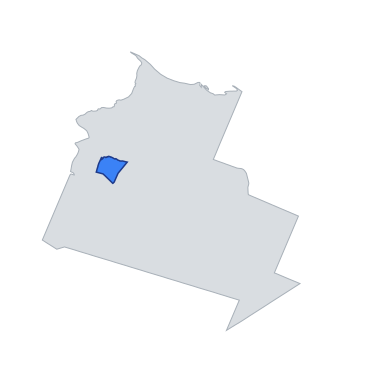 Tamchekett, Hodh el Gharbi, Mauritania (highlighted), rotated 113°
{"feature_id": "47542326B49487198034252", "entity_name": "Tamchekett", "entity_type": "district", "adm_level": 2, "iso_a3": "MRT", "parent_name": "Mauritania", "parent_adm1": "Hodh el Gharbi", "projection": "robinson", "projection_center": [-10.754, 17.114], "detail": "fine", "context": "in_parent", "style": "filled", "palette": "blue", "viewbox_px": 384, "rotation_deg": 113, "n_neighbors": 0, "source": "geoboundaries", "source_scale": "gbopen_adm2", "svg_char_len": 4167}
<svg xmlns="http://www.w3.org/2000/svg" viewBox="0 0 384 384"><g transform="rotate(113 192 192)"><path d="M167.2,325.8L166.8,325.7L164.8,324.1L163.8,322.3L162.2,320.9L160.0,319.9L158.6,318.9L157.9,317.7L157.1,316.9L156.3,316.5L156.2,316.1L156.4,315.5L156.2,314.4L154.9,311.9L153.7,310.8L152.7,311.0L152.1,310.7L151.8,310.2L151.7,309.4L151.0,308.7L149.8,308.4L148.8,306.6L148.1,303.3L147.1,300.7L146.0,298.9L145.1,298.2L144.5,298.1L144.3,297.8L144.1,297.2L143.2,297.0L141.9,297.6L140.8,297.4L140.2,296.5L139.4,296.4L138.4,297.2L137.3,297.0L136.1,295.8L135.5,294.6L135.3,293.4L133.3,291.1L129.3,287.6L124.9,286.0L120.1,286.2L117.4,286.1L116.9,285.5L116.3,285.6L115.7,286.2L115.1,286.3L114.4,286.0L114.0,286.2L113.8,287.1L112.1,287.6L108.9,287.6L106.4,288.2L104.4,289.2L101.6,289.7L98.0,289.5L95.9,289.1L95.1,288.5L94.1,288.4L92.8,288.7L91.6,290.4L90.5,293.5L89.6,295.3L88.9,295.7L88.2,298.1L87.7,301.9L87.1,303.6L87.2,294.0L88.2,290.4L88.6,287.2L90.8,280.2L93.5,274.4L95.9,266.8L96.9,259.4L96.7,252.2L96.0,245.8L94.8,241.5L93.7,235.4L92.0,232.1L88.8,229.3L88.1,227.7L88.8,227.0L90.8,226.6L92.0,224.4L89.4,225.3L92.5,218.5L93.5,213.9L93.3,210.9L93.9,209.0L91.7,204.9L89.9,199.8L89.0,199.0L88.0,198.6L87.9,199.8L87.4,200.9L86.3,200.2L84.4,196.5L81.7,190.5L80.7,189.9L79.9,190.7L79.4,191.5L78.4,196.5L78.1,194.5L78.5,192.2L79.2,189.3L80.1,185.2L82.5,185.2L86.7,185.2L95.3,185.2L99.6,185.2L108.1,185.2L112.4,185.2L121.0,185.2L125.2,185.2L133.8,185.2L138.1,185.2L146.6,185.1L150.9,185.1L153.7,185.1L153.6,182.3L153.5,180.0L153.3,176.9L153.1,173.9L153.0,170.9L152.8,168.0L152.7,165.2L152.5,162.5L152.4,160.1L152.1,158.7L151.2,155.9L151.1,154.5L151.3,153.1L151.9,151.7L153.6,149.2L156.1,147.3L159.0,145.1L161.3,143.4L162.4,142.9L165.9,142.4L168.6,141.1L171.3,139.8L172.4,139.1L172.5,136.8L172.6,84.6L185.7,84.6L189.2,84.6L213.3,84.6L216.7,84.6L234.3,84.6L234.2,82.2L234.2,78.6L234.2,73.8L234.2,68.9L234.1,60.4L234.1,56.8L237.6,59.2L244.5,63.9L248.0,66.3L255.0,71.1L262.0,75.9L269.0,80.6L272.5,83.0L276.0,85.4L279.5,87.8L283.0,90.2L290.0,94.9L292.9,96.9L297.4,100.2L301.6,103.2L305.9,106.2L299.4,106.2L290.7,106.2L284.8,106.2L278.7,106.2L273.1,106.2L273.6,111.1L274.2,116.5L274.7,121.8L275.3,127.2L275.8,132.6L277.6,148.6L278.1,154.0L278.7,159.4L279.3,164.7L279.8,170.1L281.0,180.8L281.5,186.2L282.1,191.5L282.7,196.9L283.3,202.3L283.8,207.6L285.0,218.4L285.5,223.7L286.1,229.1L286.7,234.4L287.2,239.8L287.8,245.2L288.4,250.5L289.0,255.9L290.1,266.6L290.7,272.0L291.2,277.3L291.8,282.7L292.4,287.9L294.6,290.6L297.5,294.1L296.7,298.9L295.8,304.7L294.7,311.0L286.9,311.0L279.2,311.0L260.0,311.0L256.2,311.0L236.9,311.0L233.1,311.0L225.7,311.0L223.5,310.9L222.7,310.4L222.4,307.1L221.7,307.3L221.0,308.3L220.6,309.3L220.7,310.7L220.6,311.8L218.1,312.3L214.8,313.1L211.3,313.7L207.7,313.4L206.5,313.2L205.2,312.7L202.4,312.3L200.9,312.2L199.1,312.3L197.0,312.6L196.4,313.2L194.8,315.6L193.3,318.5L192.3,318.5L191.2,316.9L188.1,314.0L184.4,310.1L182.8,308.2L181.9,308.0L180.1,309.4L178.6,310.7L177.0,312.5L176.3,314.3L175.7,316.4L175.4,318.9L174.9,321.8L173.6,324.2L172.1,325.9L170.9,326.8L170.5,327.2L167.2,325.8ZM90.8,220.2L89.6,222.3L89.0,221.5L88.8,220.1L89.9,218.2L90.4,217.2L91.4,216.8L90.8,220.2Z" fill="#d9dde1" stroke="#a8b0b8" stroke-width="1"/><path d="M190.6,268.1L190.8,268.5L191.1,269.1L191.4,269.9L191.5,270.4L191.6,270.9L191.5,271.3L191.5,271.7L191.5,272.1L191.6,272.9L191.3,273.8L191.1,274.9L191.1,275.2L191.7,275.7L191.7,276.3L191.7,277.1L191.6,277.9L191.4,278.4L191.5,279.0L191.5,279.5L191.4,280.0L191.7,280.4L191.5,281.0L191.6,281.7L191.6,281.8L191.6,282.0L191.9,282.4L191.9,282.6L191.9,282.8L192.0,282.8L192.4,283.1L192.5,283.4L192.5,283.5L192.6,283.8L193.2,283.9L193.5,284.2L193.5,284.6L193.9,284.8L193.8,285.3L193.8,285.6L193.9,286.1L194.2,286.6L194.8,287.2L195.2,287.3L195.8,287.4L196.0,287.1L196.5,287.4L196.8,287.6L196.3,287.6L196.2,288.2L195.9,288.4L195.9,288.5L195.8,288.8L199.5,288.9L202.2,289.0L203.2,288.9L204.5,288.8L205.3,288.6L208.3,288.3L208.8,288.2L211.1,287.9L210.1,281.0L211.1,278.2L211.7,276.7L215.0,268.3L214.9,268.2L213.2,267.5L203.7,267.4L189.8,263.3L190.2,265.7L190.6,268.1Z" fill="#3b82f6" stroke="#1e3a8a" stroke-width="1.5"/></g></svg>